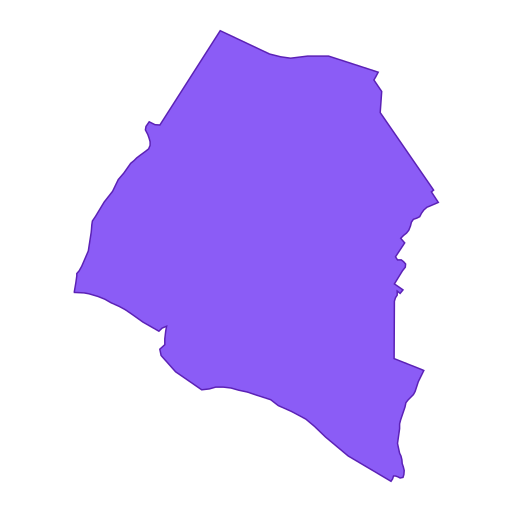 Batu Pahat, Johor, Malaysia (Mercator projection)
{"feature_id": "92858781B37388362285714", "entity_name": "Batu Pahat", "entity_type": "district", "adm_level": 2, "iso_a3": "MYS", "parent_name": "Malaysia", "parent_adm1": "Johor", "projection": "mercator", "projection_center": [103.04, 1.914], "detail": "fine", "context": "isolated", "style": "filled", "palette": "violet", "viewbox_px": 512, "rotation_deg": 0, "n_neighbors": 0, "source": "geoboundaries", "source_scale": "gbopen_adm2", "svg_char_len": 1772}
<svg xmlns="http://www.w3.org/2000/svg" viewBox="0 0 512 512"><path d="M220.2,30.7L159.9,125.0L155.0,124.7L149.2,121.8L146.0,126.4L145.4,129.9L147.8,134.5L149.2,138.5L150.1,141.7L150.1,145.4L148.6,148.9L144.9,151.8L140.5,155.0L136.8,157.8L133.9,160.7L130.7,163.3L123.8,173.1L118.3,179.5L112.6,191.3L104.2,202.0L95.5,216.4L92.4,221.0L91.8,225.0L91.5,229.1L91.2,232.3L88.3,251.0L81.7,266.3L79.1,270.9L76.8,273.5L76.8,275.8L75.9,282.4L74.2,292.4L73.7,292.4L84.1,292.9L89.0,293.8L98.1,296.5L104.8,299.2L111.1,302.8L119.2,306.4L125.1,309.6L131.0,313.6L143.1,322.2L152.6,327.6L158.9,331.2L162.1,328.1L166.6,326.2L165.7,331.2L164.8,338.9L164.8,344.7L159.8,349.2L161.1,355.5L168.4,363.7L175.6,371.8L201.7,389.8L209.4,388.9L215.7,387.1L223.3,387.1L231.0,388.0L238.7,390.2L247.2,392.0L256.7,395.2L270.7,399.7L278.3,405.6L291.4,411.4L305.8,419.1L314.4,426.3L325.6,437.1L348.2,456.0L391.0,481.3L392.6,478.9L393.5,476.0L395.5,476.0L397.8,476.8L400.1,478.0L403.0,477.4L403.9,474.5L404.2,470.5L403.3,466.8L402.2,463.6L401.9,459.8L401.0,456.1L399.6,453.2L397.5,443.4L399.6,428.7L399.6,423.8L400.7,419.7L405.0,407.0L405.9,402.7L408.2,399.8L413.4,394.6L415.1,391.5L416.6,386.9L418.3,381.7L423.8,370.5L422.5,369.9L394.1,358.6L394.4,301.2L395.5,297.7L397.2,295.1L397.2,291.1L400.1,293.4L403.0,289.9L394.4,283.9L402.4,270.9L405.3,267.2L405.6,264.0L403.6,261.7L401.3,259.9L397.5,259.9L395.5,256.8L404.7,242.9L400.7,238.3L403.6,235.4L406.5,233.1L408.8,230.2L410.5,225.9L411.4,222.2L413.4,219.3L416.9,218.1L419.7,216.7L421.5,213.2L423.8,210.0L427.0,207.2L429.3,206.3L438.3,202.4L431.4,191.9L433.6,190.1L380.2,112.6L381.7,91.5L373.9,80.0L375.6,77.1L377.3,73.9L378.2,72.2L328.6,56.1L307.5,56.1L290.6,58.2L280.7,56.8L269.5,54.0L220.2,30.7Z" fill="#8b5cf6" stroke="#5b21b6" stroke-width="1.5"/></svg>